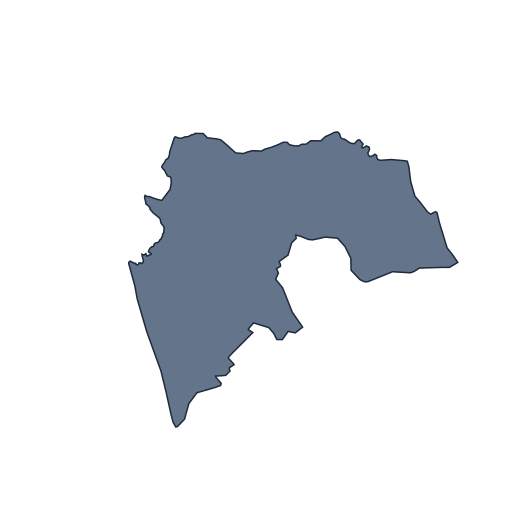 outline of Cerro de las Cuentas, Cerro Largo, Uruguay, rotated 137°
{"feature_id": "84410073B63196441313182", "entity_name": "Cerro de las Cuentas", "entity_type": "district", "adm_level": 2, "iso_a3": "URY", "parent_name": "Uruguay", "parent_adm1": "Cerro Largo", "projection": "natural_earth1", "projection_center": [-54.465, -32.625], "detail": "fine", "context": "isolated", "style": "filled", "palette": "slate", "viewbox_px": 512, "rotation_deg": 137, "n_neighbors": 0, "source": "geoboundaries", "source_scale": "gbopen_adm2", "svg_char_len": 3226}
<svg xmlns="http://www.w3.org/2000/svg" viewBox="0 0 512 512"><g transform="rotate(137 256 256)"><path d="M217.0,387.3L218.1,387.1L220.3,388.5L222.4,389.1L224.7,389.8L226.2,391.3L228.0,392.1L230.3,393.0L231.6,394.3L232.7,396.2L233.8,398.3L235.3,398.1L248.2,391.0L249.8,389.4L251.4,388.5L253.4,387.4L255.0,387.7L256.4,387.8L259.5,386.7L263.0,386.1L264.3,385.3L264.6,382.5L264.5,380.4L265.4,378.5L265.6,376.6L266.3,375.2L265.4,373.5L264.7,372.2L265.2,370.7L266.4,369.4L267.8,367.6L270.2,365.7L273.4,363.3L287.0,360.9L289.3,364.3L291.7,368.6L293.4,372.2L295.1,373.8L295.8,376.0L297.3,375.1L298.3,373.6L299.1,372.1L300.1,370.5L301.1,368.9L300.6,367.6L300.6,365.8L300.6,363.9L301.6,362.5L301.6,360.3L301.9,358.5L301.6,356.4L301.3,354.0L301.0,351.9L300.8,349.8L300.9,348.2L301.9,346.8L302.8,345.4L303.2,344.1L303.2,341.8L303.6,340.1L304.6,338.8L306.0,337.4L307.4,336.1L309.2,335.7L310.8,334.5L312.7,333.8L314.0,333.1L315.4,333.4L316.7,332.8L318.6,332.8L320.8,334.2L323.0,333.9L324.4,332.9L326.0,333.8L327.5,334.0L328.9,333.8L330.4,333.3L331.8,332.4L331.7,331.1L331.1,329.9L331.1,328.8L332.5,328.9L333.7,329.8L334.9,329.7L335.9,330.4L335.4,331.5L335.0,332.9L336.4,333.0L337.4,333.3L338.2,335.1L339.0,334.0L339.5,333.2L340.2,331.8L340.7,330.9L341.4,329.5L342.5,328.7L343.5,328.2L344.7,328.4L345.2,329.9L346.4,330.7L347.5,330.1L348.9,330.4L349.5,331.7L348.9,332.7L350.0,333.9L350.6,335.5L351.0,336.9L351.7,338.2L353.4,338.1L354.2,337.4L364.9,316.9L372.1,305.7L387.4,275.4L403.9,236.8L414.2,218.4L426.6,197.4L430.1,190.7L431.3,185.7L429.8,184.8L419.5,185.4L405.9,193.8L395.3,195.8L392.3,196.2L375.5,187.7L370.2,185.4L368.3,186.6L368.0,194.4L367.4,195.7L362.2,191.4L359.5,189.3L353.4,189.6L352.3,192.0L351.5,192.4L346.2,191.5L345.9,192.5L345.9,200.0L344.5,200.9L338.6,201.2L310.5,202.2L311.9,207.5L309.5,208.1L303.4,208.7L295.5,194.9L295.8,187.4L297.7,180.7L293.8,176.9L283.9,178.9L279.7,173.0L270.4,172.2L267.8,190.1L258.2,214.7L257.5,225.6L251.3,228.2L249.6,232.8L245.3,231.7L244.1,232.9L242.8,236.2L232.0,234.8L224.7,239.1L220.7,241.4L214.7,241.4L212.6,244.2L210.1,240.2L206.3,232.2L203.6,229.2L197.7,225.6L192.6,222.7L184.3,213.5L184.4,202.4L188.2,189.7L196.2,180.7L196.1,168.2L195.2,165.3L194.0,162.9L191.7,160.9L166.9,151.4L154.5,138.4L151.0,136.9L144.7,135.7L128.4,121.4L122.2,115.7L112.8,113.7L111.4,122.9L110.7,131.6L99.5,154.6L94.0,164.4L94.5,165.9L97.1,166.8L99.8,167.5L100.5,171.4L99.3,183.4L99.0,191.4L92.1,204.9L83.4,216.9L80.7,222.2L83.1,225.2L91.1,234.1L99.8,241.2L101.1,243.5L100.4,245.9L99.2,247.2L99.7,249.4L101.7,249.6L104.9,250.9L105.0,253.1L104.0,255.0L102.0,255.7L99.9,256.9L99.0,258.4L100.2,261.3L102.1,261.6L104.1,262.1L104.5,263.3L103.5,264.1L101.3,264.8L101.2,266.2L101.2,268.5L101.0,270.2L102.2,271.3L104.7,271.3L107.5,271.0L110.0,274.2L110.7,277.0L111.4,280.7L113.1,283.3L113.3,285.1L112.1,287.3L111.5,288.6L111.8,291.2L114.4,293.0L118.9,294.3L123.9,296.0L130.1,296.0L137.3,302.9L143.1,303.6L146.3,306.5L149.8,307.5L152.5,310.0L155.6,314.5L155.7,318.0L158.5,320.6L163.8,322.3L171.2,325.3L176.6,328.1L180.4,329.0L186.7,335.4L191.3,337.9L195.3,339.5L200.5,345.2L201.0,349.7L201.6,357.4L202.6,365.1L205.1,368.8L211.0,375.6L211.1,381.6L217.0,387.3Z" fill="#64748b" stroke="#1e293b" stroke-width="1.5"/></g></svg>